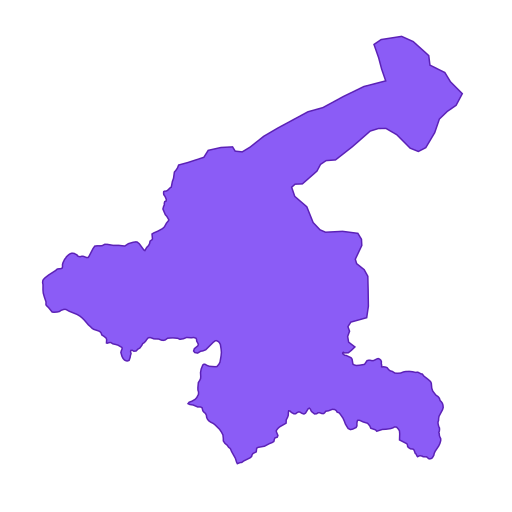 Noyemberyan, Tavush, Armenia, rotated 177°
{"feature_id": "60910142B91893533127348", "entity_name": "Noyemberyan", "entity_type": "district", "adm_level": 2, "iso_a3": "ARM", "parent_name": "Armenia", "parent_adm1": "Tavush", "projection": "natural_earth1", "projection_center": [44.992, 41.129], "detail": "fine", "context": "isolated", "style": "filled", "palette": "violet", "viewbox_px": 512, "rotation_deg": 177, "n_neighbors": 0, "source": "geoboundaries", "source_scale": "gbopen_adm2", "svg_char_len": 5963}
<svg xmlns="http://www.w3.org/2000/svg" viewBox="0 0 512 512"><g transform="rotate(177 256 256)"><path d="M127.1,461.1L123.1,447.4L120.8,436.3L117.3,424.1L139.4,419.6L160.4,410.7L181.4,400.7L196.6,397.3L227.0,382.9L242.1,375.1L256.1,365.1L264.3,360.7L271.3,361.8L273.7,366.2L285.3,366.2L298.2,364.0L302.9,357.3L319.2,352.9L328.5,350.9L329.8,348.0L331.7,345.5L333.1,344.1L334.3,337.9L335.6,334.8L337.0,329.2L337.9,328.8L341.0,326.1L342.4,325.5L344.1,325.5L344.8,325.1L345.0,323.7L344.9,322.1L343.7,320.2L342.6,317.2L342.9,315.6L344.3,315.1L344.8,313.6L344.9,311.7L345.6,310.6L346.5,307.8L344.4,302.0L343.0,300.3L341.2,296.8L341.5,295.9L343.7,293.5L346.0,289.8L348.0,288.2L352.6,286.0L356.9,284.4L358.7,283.4L358.5,278.5L359.0,277.7L361.0,276.4L361.6,274.0L362.8,272.0L364.7,270.3L366.7,267.2L367.7,267.9L371.9,274.3L374.0,276.2L375.4,276.4L378.2,276.1L382.8,275.0L386.5,272.8L392.4,273.8L398.1,274.1L403.8,275.4L406.4,275.6L409.0,274.4L410.9,274.3L414.0,274.5L416.5,274.3L418.4,271.9L422.8,264.4L423.7,263.3L425.2,263.3L428.4,264.7L429.8,264.9L431.7,264.5L432.8,264.7L434.3,265.5L434.8,266.6L436.1,267.2L437.2,268.0L439.0,268.4L440.1,268.4L441.6,267.9L443.1,267.0L445.4,265.1L445.9,264.2L447.3,262.7L449.1,259.4L449.7,257.6L449.8,255.3L450.1,254.2L451.3,253.6L454.5,253.5L455.6,253.1L456.7,252.1L463.9,248.0L467.8,245.3L469.6,243.6L470.2,242.5L470.5,240.6L470.2,238.5L470.5,233.3L470.4,230.1L469.5,226.1L468.1,221.2L468.3,218.2L467.3,216.8L466.0,215.5L462.5,210.7L460.6,210.4L457.3,210.5L455.1,210.9L453.6,211.9L450.5,212.8L448.6,212.6L445.4,210.6L437.7,207.0L435.0,205.2L432.8,203.2L430.8,201.0L427.0,196.0L425.1,194.2L423.4,192.3L422.0,191.3L416.9,189.3L415.7,188.5L415.0,187.7L414.5,186.7L414.2,185.3L412.1,183.8L410.0,181.9L409.5,180.3L409.9,177.0L409.2,176.7L407.2,177.2L405.5,177.2L403.6,175.8L401.1,175.1L398.5,174.2L394.7,171.7L394.5,170.3L395.4,168.6L396.0,166.7L395.1,162.8L394.1,160.6L392.8,159.0L391.1,158.1L389.8,157.9L388.2,158.4L387.0,161.3L386.6,163.2L385.9,165.1L386.3,166.9L385.9,168.3L384.4,168.3L383.0,167.3L380.7,167.4L378.8,169.2L376.8,170.2L374.6,172.9L373.8,174.4L372.2,175.3L370.7,176.7L369.6,178.2L368.2,179.7L367.2,180.1L365.5,180.0L362.3,178.6L357.6,178.2L354.8,176.9L352.9,176.6L351.1,176.9L348.6,178.5L346.4,178.6L343.3,178.6L338.4,177.9L336.4,176.8L332.7,177.2L329.6,178.3L324.9,177.7L322.5,177.9L320.2,177.0L319.7,175.7L319.7,174.2L318.2,171.0L318.7,169.4L322.4,166.7L323.3,164.4L322.2,162.8L319.4,162.1L316.2,163.8L314.1,164.0L311.1,165.0L303.3,172.0L301.1,173.5L299.8,173.5L297.9,172.4L297.0,171.2L296.2,169.5L295.7,164.7L295.6,161.5L296.1,158.1L297.5,151.9L298.7,149.9L300.8,147.6L302.8,147.6L308.4,148.3L310.7,149.3L312.5,150.5L313.6,150.7L314.8,150.0L316.7,145.9L317.5,142.5L317.5,138.4L317.8,136.4L318.8,134.6L320.2,132.6L320.9,127.7L321.0,125.1L320.5,123.2L320.7,120.8L322.6,117.7L324.2,116.1L327.5,114.4L330.4,113.5L331.6,112.1L330.0,111.2L326.6,110.5L322.1,108.3L319.4,108.2L317.8,107.3L317.2,104.2L316.2,102.8L314.7,101.4L313.9,99.6L313.7,97.3L312.9,95.4L311.8,93.9L309.9,92.4L307.4,91.0L305.6,89.4L301.5,84.9L299.8,82.1L298.4,79.1L298.2,75.7L298.3,73.0L296.8,70.5L294.6,68.5L293.4,66.5L291.7,65.0L290.6,62.0L287.2,55.1L286.2,51.2L285.5,49.6L282.8,50.5L281.0,50.6L279.1,51.9L272.4,54.8L270.9,56.0L270.3,57.7L269.4,58.9L266.0,60.4L265.4,64.0L263.9,64.8L257.5,65.6L252.3,68.0L249.8,68.8L247.9,69.8L247.2,72.2L246.5,73.4L244.3,73.9L243.5,75.6L244.7,78.9L245.0,80.3L244.2,81.5L242.9,82.9L241.4,84.1L234.7,87.5L234.4,90.7L232.8,93.5L232.1,95.3L231.9,97.7L231.5,99.7L230.3,99.5L228.8,97.9L226.3,96.4L224.6,96.4L223.3,97.4L221.5,98.1L220.3,97.8L218.4,96.5L216.4,95.7L214.8,96.5L211.9,100.7L210.7,101.3L209.7,100.2L209.1,98.5L208.5,97.6L205.8,95.2L203.7,95.3L202.3,96.2L200.7,96.2L198.4,95.2L196.7,95.1L195.6,95.9L194.5,97.3L191.8,97.6L187.8,98.9L185.5,98.6L184.0,97.5L183.2,95.9L181.0,94.9L179.5,92.6L177.6,89.5L176.4,86.4L175.5,83.5L174.3,81.2L173.0,78.9L170.8,77.7L168.4,78.1L165.0,79.5L164.1,81.1L164.0,83.8L163.5,86.0L162.8,86.7L160.9,86.4L157.7,84.7L153.3,83.1L151.2,80.3L150.4,78.0L145.7,76.1L144.6,74.7L138.9,76.2L135.3,76.2L130.6,76.6L128.3,77.2L126.5,78.1L124.5,77.7L123.1,76.0L121.9,74.0L121.8,70.9L122.3,64.8L115.3,60.7L114.7,59.7L114.5,57.6L113.2,56.3L111.7,55.3L109.4,55.0L108.3,53.9L107.3,50.5L106.4,49.7L105.8,48.0L105.1,47.1L103.6,47.8L102.5,48.0L100.2,47.3L99.7,46.8L96.1,46.5L94.2,44.6L93.4,44.3L91.8,44.5L90.5,45.2L88.9,47.6L88.3,49.7L87.3,51.6L83.5,56.7L82.2,59.1L81.2,62.0L81.1,63.9L82.0,66.0L82.3,67.4L82.3,69.1L82.7,70.3L82.1,71.4L81.8,73.2L81.8,74.7L82.3,75.7L82.7,77.4L83.0,79.5L82.9,80.8L82.3,82.3L82.1,84.3L81.6,86.4L77.8,92.7L77.0,94.9L77.1,97.3L77.6,99.2L78.6,100.8L79.7,102.0L80.3,104.3L81.5,106.0L83.7,107.7L86.6,111.9L87.4,114.8L87.6,119.8L88.3,121.5L90.4,123.6L94.7,127.3L96.1,129.4L97.4,129.7L100.5,131.5L102.9,131.4L105.6,132.2L108.6,132.7L111.4,132.8L112.8,132.8L114.8,132.5L117.9,131.5L121.0,131.5L123.4,131.8L125.9,133.6L128.0,134.3L129.5,135.6L130.9,137.6L132.2,138.2L134.4,138.7L135.9,138.6L136.4,138.8L136.2,140.4L136.5,142.0L136.3,143.9L136.8,145.4L137.7,146.3L138.9,147.1L140.1,147.1L144.1,145.4L145.7,145.4L147.8,146.0L149.1,146.0L150.6,145.7L153.3,142.1L158.3,141.5L161.5,141.4L163.5,142.0L164.9,143.0L165.4,147.6L165.8,148.6L166.5,149.5L171.2,152.0L172.6,152.1L174.5,153.9L174.5,154.7L173.9,155.3L172.8,154.6L168.9,154.5L165.7,156.8L162.0,160.0L168.0,165.1L168.7,170.8L166.5,176.0L167.9,180.6L164.8,185.0L148.7,188.6L146.4,200.0L145.8,215.8L145.4,229.9L148.7,236.7L155.9,243.1L157.0,247.6L149.8,261.0L149.8,267.2L153.1,273.3L168.3,276.1L185.3,276.1L190.7,278.8L197.2,286.4L202.7,302.5L214.2,313.5L216.8,322.8L213.2,325.7L205.9,325.6L190.7,337.6L186.8,344.1L181.0,347.6L171.6,347.8L154.2,360.0L135.4,374.8L127.1,376.9L119.5,376.6L109.0,369.7L96.4,355.6L88.4,351.9L80.8,355.3L71.1,369.8L65.7,383.2L57.4,390.4L48.3,396.0L41.5,407.3L52.7,419.8L57.8,429.3L72.3,437.5L73.0,447.1L87.8,461.9L99.1,467.7L119.7,465.6L127.1,461.1Z" fill="#8b5cf6" stroke="#5b21b6" stroke-width="1.5"/></g></svg>